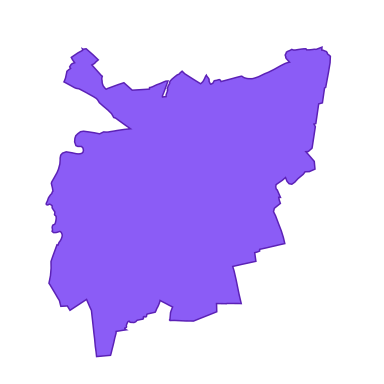 the district of Satu Mare, Suceava, Romania, rotated 264°
{"feature_id": "2599482B42040302746939", "entity_name": "Satu Mare", "entity_type": "district", "adm_level": 2, "iso_a3": "ROU", "parent_name": "Romania", "parent_adm1": "Suceava", "projection": "orthographic", "projection_center": [26.012, 47.829], "detail": "fine", "context": "isolated", "style": "filled", "palette": "violet", "viewbox_px": 384, "rotation_deg": 264, "n_neighbors": 0, "source": "geoboundaries", "source_scale": "gbopen_adm2", "svg_char_len": 5654}
<svg xmlns="http://www.w3.org/2000/svg" viewBox="0 0 384 384"><g transform="rotate(264 192 192)"><path d="M312.5,343.8L313.6,342.9L314.4,341.9L315.3,341.2L316.7,340.9L317.7,340.2L318.5,338.6L319.2,337.4L319.6,335.9L322.5,336.4L320.9,330.6L320.9,330.2L321.0,329.7L321.2,328.5L321.1,326.7L321.1,323.9L321.2,322.5L321.4,320.9L322.5,320.3L322.6,319.6L322.7,318.1L322.7,315.9L322.6,312.7L322.4,309.5L322.6,307.7L323.4,306.1L323.2,305.6L323.0,305.3L322.6,304.4L321.8,301.6L321.1,300.4L320.2,300.2L319.6,299.7L318.9,299.2L318.4,299.0L317.6,299.1L316.8,299.4L315.9,299.3L315.0,299.6L313.5,300.7L310.9,302.6L310.8,301.9L310.8,301.6L310.7,300.7L310.4,299.3L310.0,297.8L309.1,295.4L308.2,293.1L305.4,286.6L303.1,280.5L302.0,276.6L299.7,270.3L298.9,266.9L298.6,265.3L298.4,263.9L298.5,262.4L298.7,261.2L298.8,260.1L299.2,258.3L299.6,257.4L299.9,256.5L300.5,255.4L301.9,253.7L302.0,253.4L302.0,252.9L301.3,248.1L300.5,243.3L298.8,232.4L300.2,231.9L300.9,231.1L300.9,230.3L300.5,228.2L300.4,226.2L300.2,225.6L299.7,225.3L299.1,224.9L298.0,224.1L297.6,223.0L297.2,222.0L297.4,221.7L298.1,221.3L298.4,221.2L299.4,220.9L300.0,220.6L300.4,220.6L301.6,220.7L302.3,220.7L303.0,220.5L304.5,219.6L305.5,218.9L306.7,218.5L305.8,217.7L302.9,216.0L300.9,214.6L300.4,214.1L299.2,212.6L298.8,211.8L303.6,205.6L310.3,197.2L313.2,194.8L311.7,192.6L310.8,191.8L310.4,190.9L310.0,189.5L308.3,186.8L306.2,183.7L304.6,181.9L303.7,181.3L302.6,181.2L302.1,181.0L301.6,180.6L300.1,179.5L297.3,178.2L296.9,178.5L296.0,178.4L295.5,178.1L295.2,178.3L294.0,177.7L291.6,176.5L289.6,176.2L289.6,172.6L289.8,172.6L290.3,172.6L291.0,172.8L295.0,174.9L304.9,179.7L305.0,177.5L304.4,175.3L303.4,172.3L302.9,170.4L302.3,168.0L301.6,166.0L300.8,163.8L300.2,161.1L300.3,160.7L298.8,160.4L298.8,159.7L299.5,143.2L307.8,135.7L306.6,130.1L303.8,119.0L303.2,117.4L303.5,117.0L304.7,116.1L306.8,114.8L308.7,114.3L310.4,114.1L311.8,114.2L313.9,114.1L315.3,114.4L316.4,114.9L316.8,114.7L317.2,114.1L328.8,105.7L330.1,108.6L331.1,109.6L333.2,112.6L338.8,107.9L345.5,101.7L345.4,98.6L345.9,97.9L344.6,98.2L344.1,97.5L342.3,93.1L338.5,86.0L336.0,87.0L332.8,88.8L332.2,86.2L331.1,84.8L329.2,83.4L327.6,84.2L326.4,82.0L325.1,80.2L323.7,79.8L318.5,78.1L315.0,76.3L314.9,76.2L310.5,82.6L308.1,86.0L307.2,87.7L306.4,90.5L303.0,95.6L297.2,103.9L295.0,106.7L293.3,107.9L290.5,109.2L287.0,112.4L282.0,117.2L281.2,117.8L278.3,120.2L276.9,120.8L275.6,121.4L274.3,121.9L273.9,122.7L273.7,123.5L270.0,127.6L265.6,132.5L261.3,137.4L261.3,135.0L261.3,131.1L261.1,126.2L261.0,123.8L260.8,121.5L260.6,117.2L260.4,114.9L260.5,113.1L261.0,110.4L259.5,106.2L261.1,101.1L262.5,95.8L263.8,90.5L263.6,87.4L261.9,84.5L260.1,82.3L257.7,81.2L254.1,80.5L250.3,81.4L249.3,83.0L248.8,86.9L247.0,88.2L244.7,88.4L242.9,87.7L242.0,86.4L241.7,84.7L241.8,82.6L242.3,80.5L243.6,76.6L245.1,71.1L244.2,67.3L242.4,65.3L239.5,64.4L237.4,64.2L233.6,63.5L228.5,61.5L225.4,59.8L221.0,56.7L216.7,53.6L215.3,53.0L210.8,53.6L207.4,53.8L207.2,53.6L206.4,52.9L205.4,52.5L205.0,52.3L204.8,52.0L204.0,51.0L203.3,50.4L201.9,49.2L201.1,48.6L199.4,47.8L198.5,47.4L196.0,45.9L195.3,45.7L194.7,45.9L194.3,46.6L194.2,47.3L194.6,48.3L194.8,49.0L194.4,49.9L193.9,50.5L193.2,51.3L192.7,51.5L191.8,51.3L191.2,51.3L190.8,51.3L190.1,51.6L188.9,52.2L186.5,53.5L185.2,53.3L184.1,52.9L183.7,53.0L183.4,53.1L182.9,53.7L181.9,54.3L180.0,54.2L178.0,53.7L175.6,52.9L174.3,52.1L174.0,51.3L173.8,50.4L172.9,49.7L171.5,49.2L169.5,49.3L168.7,49.3L168.2,49.1L167.7,48.7L166.5,49.6L166.0,50.3L166.0,51.1L165.9,52.0L165.9,52.9L166.2,54.5L166.6,56.2L166.4,56.9L165.4,57.8L163.4,58.4L162.3,58.4L161.2,58.1L159.2,57.2L158.4,56.7L157.4,56.0L156.7,55.4L156.0,54.7L155.6,54.4L153.9,53.5L153.2,53.1L153.6,52.2L148.9,49.9L144.2,47.6L143.2,47.1L137.6,44.5L130.9,43.9L128.3,43.4L123.6,42.5L116.2,40.2L113.9,41.4L113.4,41.6L105.0,45.5L101.4,47.1L97.9,48.8L92.0,49.6L91.7,56.1L87.1,58.3L96.2,75.9L88.5,78.3L84.7,79.6L64.3,79.7L61.6,79.7L56.3,79.8L48.5,79.7L42.7,79.9L38.3,79.9L38.1,93.9L39.5,94.5L44.2,96.2L50.5,98.5L54.5,99.8L59.5,101.7L61.3,102.0L61.7,109.0L61.8,112.2L62.2,111.6L63.2,110.8L63.7,110.9L63.8,111.3L64.0,112.0L64.3,112.6L64.8,112.8L65.0,112.8L65.8,112.7L66.2,112.8L67.4,113.3L68.3,113.8L69.2,114.4L69.8,114.9L70.0,115.3L70.0,115.7L70.0,116.2L69.5,116.4L69.1,116.6L68.8,117.2L68.6,118.3L68.6,119.0L68.4,119.5L68.3,120.1L68.3,120.9L68.5,121.6L69.0,122.7L69.5,123.2L70.0,123.8L70.2,124.2L70.4,126.1L70.6,128.0L70.7,129.8L70.9,130.1L71.1,130.4L72.4,130.5L72.7,130.5L73.0,130.8L73.2,131.4L72.9,131.8L72.6,132.2L72.7,132.7L72.7,133.3L73.4,133.9L74.3,134.0L74.7,134.2L75.3,134.6L76.3,142.8L77.6,143.7L79.6,144.7L81.3,145.9L82.8,146.8L84.3,147.6L86.0,148.4L87.5,148.9L86.3,150.6L84.6,153.2L83.0,155.6L81.7,157.5L80.9,158.8L79.7,160.7L76.0,158.8L74.2,158.0L71.5,157.5L67.9,156.8L67.1,156.3L66.5,156.7L66.1,161.2L64.4,172.3L63.5,180.1L65.0,185.3L69.1,199.9L70.3,204.1L76.4,204.6L78.5,204.7L77.3,214.7L77.5,215.2L76.3,226.1L75.9,229.3L85.5,228.1L100.0,226.7L109.0,225.6L113.7,224.7L114.9,234.6L115.4,239.3L116.4,248.3L125.1,248.0L125.5,250.6L126.2,253.1L127.6,253.2L127.9,253.3L128.7,260.3L130.3,272.8L131.0,278.9L137.3,278.1L143.8,276.8L151.6,274.7L159.6,272.6L163.9,271.0L167.2,272.2L171.1,278.2L171.4,278.7L175.1,277.9L177.6,277.7L177.4,279.4L185.1,277.0L186.1,276.1L188.4,275.8L190.5,276.4L191.5,278.1L194.3,283.2L196.6,286.5L192.7,287.6L190.1,289.4L189.3,292.1L191.0,295.2L194.2,298.8L198.0,304.5L200.3,306.6L200.0,310.8L201.9,316.7L209.7,316.8L220.2,309.5L220.1,311.9L222.0,314.5L222.8,315.8L223.8,316.2L244.1,321.5L246.8,320.4L247.1,322.3L266.4,327.2L267.0,331.0L281.6,334.7L282.1,335.9L296.9,340.3L306.0,342.8L312.5,343.8Z" fill="#8b5cf6" stroke="#5b21b6" stroke-width="1.5"/></g></svg>